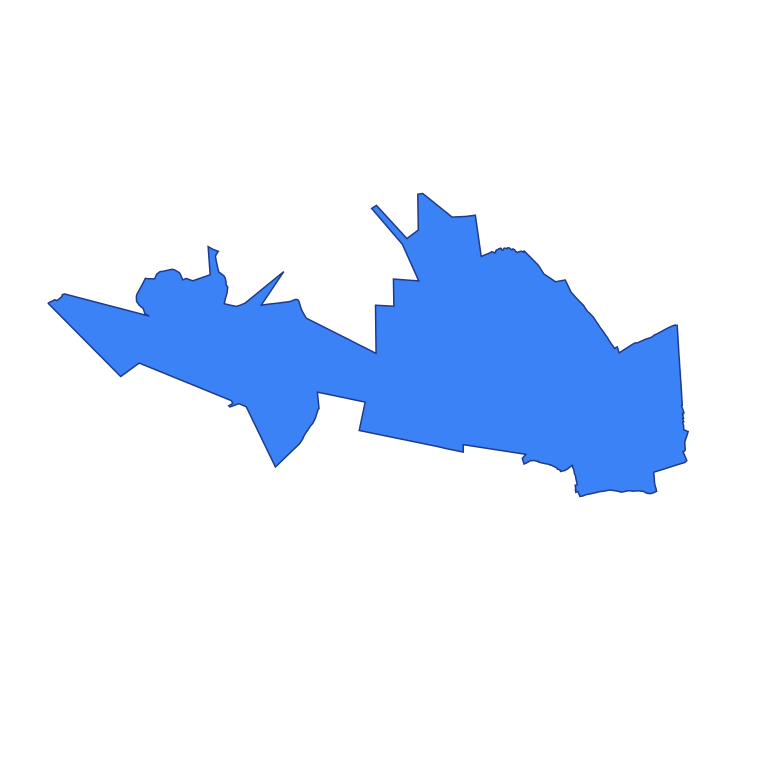 the district of Soledad de Graciano Sánchez, San Luis Potosí, Mexico, rotated 253°
{"feature_id": "50627088B59351760341300", "entity_name": "Soledad de Graciano Sánchez", "entity_type": "district", "adm_level": 2, "iso_a3": "MEX", "parent_name": "Mexico", "parent_adm1": "San Luis Potosí", "projection": "mercator", "projection_center": [-100.889, 22.295], "detail": "fine", "context": "isolated", "style": "filled", "palette": "blue", "viewbox_px": 768, "rotation_deg": 253, "n_neighbors": 0, "source": "geoboundaries", "source_scale": "gbopen_adm2", "svg_char_len": 6102}
<svg xmlns="http://www.w3.org/2000/svg" viewBox="0 0 768 768"><g transform="rotate(253 384 384)"><path d="M559.2,86.5L468.1,134.4L475.6,155.9L470.4,162.4L412.6,233.3L409.7,233.6L408.5,229.1L407.1,230.0L407.6,239.6L402.5,245.6L336.4,255.9L351.6,285.9L355.2,290.2L356.5,291.3L357.0,291.6L358.7,293.3L359.2,293.8L361.0,296.0L361.8,297.3L363.4,298.9L364.1,300.0L365.3,301.2L367.4,304.7L369.6,306.7L370.0,307.2L370.5,307.6L371.8,308.7L372.7,309.3L379.0,313.6L379.2,314.2L379.5,314.7L395.7,317.9L372.2,360.7L346.8,346.7L308.7,416.6L304.1,424.5L295.7,439.9L302.8,442.1L275.7,498.2L275.2,499.0L274.5,497.9L272.5,494.5L266.5,494.5L266.9,497.5L267.3,499.5L267.8,501.1L268.0,502.0L267.4,502.7L267.3,503.5L267.2,504.6L265.5,507.7L264.7,509.0L264.1,509.0L263.1,510.7L261.6,513.2L260.0,516.2L260.0,516.3L258.8,518.3L257.8,519.4L258.0,519.6L253.2,524.8L251.9,524.9L250.6,527.0L248.7,527.3L248.4,531.7L249.0,534.3L249.2,535.0L251.2,540.1L251.2,540.3L250.3,540.2L249.6,540.1L249.2,540.0L246.4,540.5L246.1,540.4L242.6,539.9L240.7,540.2L238.5,540.2L238.3,539.9L231.5,539.4L231.1,539.1L231.3,537.2L229.0,536.9L227.7,536.6L226.6,536.6L226.6,536.0L224.3,535.8L224.4,536.9L224.4,538.0L221.3,538.3L220.4,538.4L219.5,538.6L219.3,538.5L218.9,540.1L218.8,541.6L218.9,542.6L218.9,542.9L219.1,544.4L219.0,545.5L219.0,546.4L218.9,547.0L218.7,547.8L218.4,552.1L218.1,555.3L218.2,555.7L217.9,559.3L217.5,561.5L217.2,563.3L217.0,565.0L216.9,565.5L216.9,566.1L216.8,567.9L216.7,568.3L216.6,568.6L216.5,569.2L215.8,570.7L215.4,571.6L214.7,573.1L213.9,574.7L213.1,576.2L212.1,577.8L211.3,579.2L211.1,579.8L211.0,580.8L210.7,584.0L210.6,584.5L210.7,585.5L210.7,585.8L210.6,586.1L210.5,586.6L209.3,589.5L208.8,590.6L208.5,591.9L208.3,592.7L208.0,594.0L207.8,594.6L207.7,595.4L207.4,596.0L207.2,596.7L206.7,597.8L206.2,598.9L206.1,599.1L205.9,599.7L205.6,600.7L204.6,601.6L204.0,602.0L203.4,602.6L202.8,603.4L202.2,604.3L202.1,604.7L201.5,606.1L201.2,607.2L201.2,610.1L201.5,611.9L201.6,613.3L202.8,613.4L204.0,613.5L204.5,613.6L204.8,613.6L206.0,613.5L209.0,613.7L210.4,613.8L211.3,614.1L212.9,614.4L214.8,614.9L215.7,615.1L219.3,615.8L219.6,615.8L219.8,615.8L220.3,616.0L220.5,616.3L220.7,616.6L220.8,616.7L220.8,619.6L220.8,621.9L220.8,626.1L220.9,629.5L220.9,632.1L220.9,633.4L220.9,634.2L221.0,636.7L221.0,643.6L221.0,644.5L221.0,648.9L221.5,649.7L221.7,650.2L221.9,650.5L222.2,651.2L223.0,651.1L231.9,650.2L232.0,651.6L232.1,651.9L232.2,652.2L232.6,652.6L232.9,652.8L233.6,653.0L237.1,653.8L240.6,654.7L242.6,656.1L242.8,656.2L243.9,657.0L244.9,657.8L245.5,658.2L246.3,658.7L246.7,659.1L247.4,659.5L249.6,661.0L250.4,659.9L251.2,659.0L251.5,658.6L252.4,657.3L255.7,658.1L256.6,658.4L260.1,658.3L260.2,659.6L263.6,659.5L263.6,660.5L267.1,660.4L267.1,661.0L268.6,660.9L268.7,662.5L270.2,662.4L271.7,662.3L274.8,662.2L276.3,662.1L276.4,663.0L277.6,663.3L279.3,663.7L280.4,664.0L281.9,664.3L284.1,664.8L285.5,665.2L287.2,665.6L289.6,666.2L289.9,666.3L292.2,666.8L297.9,668.2L298.6,668.3L299.7,668.6L300.1,668.7L300.8,668.8L302.8,669.3L303.8,669.5L304.2,669.6L304.9,669.7L305.6,669.9L309.8,670.9L310.3,671.1L311.5,671.3L313.7,671.8L317.1,672.6L321.5,673.7L323.2,674.0L324.7,674.4L327.7,675.1L329.0,675.4L333.4,676.5L346.8,679.7L354.4,681.5L354.4,680.8L354.7,680.2L355.3,679.8L355.3,677.8L354.6,672.0L352.0,659.1L351.9,657.1L350.6,653.9L350.5,653.0L350.4,650.5L350.4,647.8L350.3,647.0L350.2,645.7L350.0,644.7L349.6,640.9L349.4,639.4L349.3,638.6L349.6,637.2L349.8,635.8L349.8,635.6L349.7,634.8L349.2,632.8L348.6,630.7L347.0,624.9L345.3,619.0L345.0,618.0L351.3,617.9L350.6,614.9L350.8,614.9L353.1,614.2L355.7,613.2L360.5,611.8L362.9,611.3L365.3,610.5L366.5,610.0L367.8,609.7L370.0,609.0L371.4,608.5L373.0,607.9L374.3,607.4L375.2,607.1L376.1,606.9L379.3,606.0L381.7,605.1L382.9,604.9L384.6,604.4L386.2,603.9L388.1,603.1L389.6,602.3L391.0,601.7L392.8,600.6L394.2,599.7L396.1,599.1L401.2,597.7L401.2,597.4L403.7,596.4L404.9,595.6L409.5,593.3L416.9,589.8L428.1,588.1L430.5,587.7L431.6,578.0L442.4,569.1L447.8,567.6L452.7,566.2L470.2,557.0L470.3,556.8L470.1,556.6L469.2,556.1L470.8,554.2L470.9,553.2L471.0,552.7L471.0,551.6L470.9,550.9L470.6,550.2L470.7,549.8L471.5,549.5L471.8,549.3L471.9,549.0L472.1,548.7L472.9,548.5L474.0,548.2L474.9,547.5L475.5,546.7L475.0,546.1L475.0,545.4L475.5,544.9L476.5,544.4L477.3,543.7L477.9,542.9L478.1,542.1L477.8,541.5L477.4,541.2L477.6,540.7L478.2,540.1L478.6,539.3L478.7,538.5L478.4,538.0L478.3,537.7L477.9,537.3L477.4,537.1L477.3,536.8L477.3,536.5L477.5,535.8L477.9,535.6L478.4,535.4L479.1,535.7L479.5,535.6L479.8,535.2L479.7,534.6L479.8,534.1L479.8,533.3L479.3,532.3L479.4,531.5L479.1,530.5L478.2,529.5L477.2,529.2L476.9,528.2L477.3,527.8L477.9,527.5L478.2,526.8L478.7,526.1L479.0,525.6L478.5,524.4L477.6,514.4L479.1,514.5L518.7,520.7L520.3,511.3L523.7,497.9L554.9,476.7L555.6,471.8L521.2,461.8L516.4,448.4L557.0,429.0L555.5,423.5L512.2,442.4L472.4,447.4L481.6,423.7L455.5,416.2L461.8,398.9L416.4,385.6L415.7,385.2L425.2,375.4L429.0,371.3L437.1,363.0L445.2,354.5L468.8,329.8L469.5,329.2L470.4,328.7L476.2,327.4L478.7,326.9L480.5,326.8L486.6,326.8L488.4,326.8L489.5,326.3L490.3,325.4L490.7,324.5L490.7,323.2L490.6,321.6L490.4,320.3L490.4,318.3L490.4,317.7L491.5,311.4L492.7,304.4L494.0,297.5L495.3,289.7L520.8,321.0L502.0,274.9L501.4,269.8L501.4,265.4L504.1,260.5L507.5,254.7L512.8,257.8L516.7,260.4L520.5,262.1L522.5,262.9L524.4,262.2L524.6,262.2L525.8,262.1L527.6,262.8L531.4,263.1L534.0,262.7L536.8,260.7L537.9,260.0L538.8,259.0L539.0,258.9L542.1,258.8L547.7,259.3L552.1,259.7L555.7,260.2L558.6,263.5L559.3,264.4L562.7,259.9L566.8,256.0L539.3,249.7L538.7,234.2L538.6,231.3L542.8,225.6L542.4,222.0L547.9,221.4L548.4,221.4L550.2,220.9L551.8,219.5L554.3,217.1L555.7,214.8L556.3,206.5L556.6,204.0L557.0,202.9L556.1,200.2L555.5,198.8L551.6,195.4L552.5,192.7L553.7,189.1L554.8,186.7L550.4,182.5L542.2,174.1L541.1,173.3L540.2,172.8L535.4,171.5L532.9,172.3L531.0,172.9L526.6,175.8L525.8,175.8L521.4,175.9L519.3,177.5L517.5,179.5L563.5,104.9L563.5,102.5L561.8,101.6L560.0,97.2L559.4,95.8L560.9,93.6L560.8,93.0L560.3,91.6L560.2,89.3L559.6,86.7L559.2,86.5Z" fill="#3b82f6" stroke="#1e3a8a" stroke-width="1.5"/></g></svg>